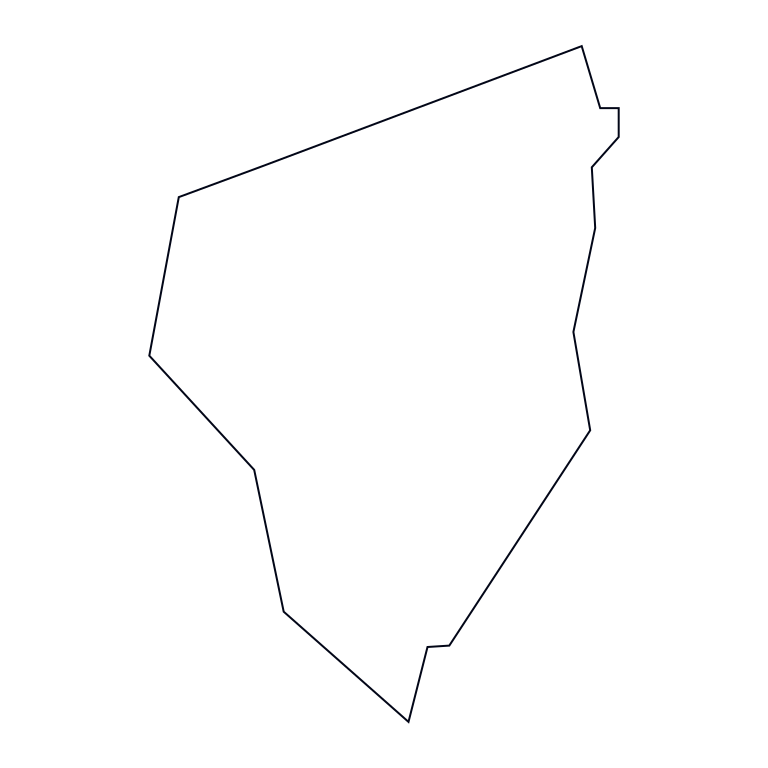 Rumbek North, Lakes, South Sudan (Natural Earth projection), rotated 270°
{"feature_id": "79223893B34085221347990", "entity_name": "Rumbek North", "entity_type": "district", "adm_level": 2, "iso_a3": "SSD", "parent_name": "South Sudan", "parent_adm1": "Lakes", "projection": "natural_earth1", "projection_center": [29.719, 7.541], "detail": "fine", "context": "isolated", "style": "outline", "palette": "ink", "viewbox_px": 768, "rotation_deg": 270, "n_neighbors": 0, "source": "geoboundaries", "source_scale": "gbopen_adm2", "svg_char_len": 369}
<svg xmlns="http://www.w3.org/2000/svg" viewBox="0 0 768 768"><g transform="rotate(270 384 384)"><path d="M337.7,590.2L436.0,573.4L540.0,595.2L600.7,591.8L631.0,618.7L659.9,618.7L659.9,600.2L721.9,581.7L602.0,262.9L570.9,178.8L412.3,149.3L298.1,254.2L156.3,283.7L46.1,408.5L121.0,427.5L122.4,449.3L337.7,590.2Z" fill="none" stroke="#020617" stroke-width="2"/></g></svg>